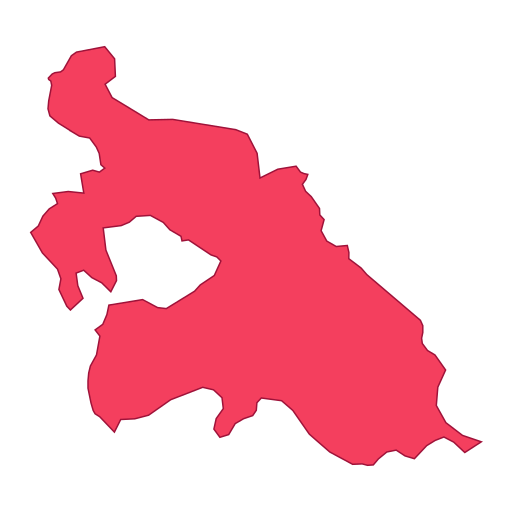 the border of Pest
{"feature_id": "HUN-3164", "entity_name": "Pest", "entity_type": "County", "adm_level": 1, "iso_a3": "HUN", "parent_name": "Hungary", "parent_adm1": "", "projection": "natural_earth1", "projection_center": [19.256, 47.5], "detail": "fine", "context": "isolated", "style": "filled", "palette": "rose", "viewbox_px": 512, "rotation_deg": 0, "n_neighbors": 0, "source": "natural_earth", "source_scale": "10m", "svg_char_len": 2065}
<svg xmlns="http://www.w3.org/2000/svg" viewBox="0 0 512 512"><path d="M69.4,130.4L69.9,130.3L58.5,123.2L49.9,115.9L48.0,108.8L48.7,100.9L51.7,85.3L50.8,81.0L48.7,79.5L48.3,78.1L52.2,74.0L54.9,72.7L60.6,71.9L63.4,69.8L71.4,55.7L76.5,52.1L104.7,46.7L114.6,58.8L115.4,76.4L105.1,84.2L112.1,97.6L148.8,119.9L172.7,119.4L235.9,129.7L247.3,134.2L257.1,153.3L260.0,178.0L277.8,169.2L296.1,166.2L300.5,172.1L304.0,173.6L307.8,174.4L306.0,179.4L302.4,184.3L305.6,191.3L311.3,196.7L319.5,208.5L319.8,214.9L324.1,219.6L321.1,230.7L326.8,241.1L336.2,246.5L347.3,245.5L348.9,252.5L348.8,258.7L361.2,268.1L366.8,274.6L420.4,320.3L422.8,325.7L422.8,332.5L421.6,338.2L422.3,343.5L427.5,350.5L435.0,355.0L445.6,370.0L437.8,387.2L436.3,405.5L445.9,422.7L462.5,435.4L481.3,441.8L464.8,452.5L453.7,442.1L443.9,437.0L435.2,440.4L426.7,445.6L414.4,458.7L405.0,455.9L396.2,450.1L386.8,452.0L378.4,458.9L373.3,464.9L367.5,465.3L362.2,463.9L352.6,464.3L329.8,452.0L316.1,440.1L309.3,434.1L292.8,410.4L281.6,400.7L261.3,398.0L256.9,402.7L256.3,410.3L252.7,415.6L243.6,418.7L235.2,423.6L228.7,434.6L219.9,437.3L213.9,429.1L216.2,418.6L223.3,408.6L222.0,397.7L213.5,389.8L202.7,387.3L170.7,399.7L148.6,415.2L134.8,418.8L120.7,419.5L114.4,432.1L99.7,416.7L95.1,413.8L93.2,410.5L91.0,402.9L88.0,388.2L88.0,380.8L88.7,373.0L90.4,366.0L96.5,354.9L99.9,336.1L95.1,329.9L102.8,324.3L106.9,314.6L108.9,305.1L142.6,299.6L157.6,307.6L166.3,308.6L194.6,291.2L200.3,284.9L214.3,275.5L220.9,261.0L216.8,256.9L211.0,254.9L188.5,239.9L182.0,240.9L181.0,236.3L169.9,229.8L163.3,222.4L150.4,215.4L136.2,216.3L129.3,222.2L121.2,225.6L103.2,227.9L105.9,250.1L116.3,275.8L116.5,280.6L110.8,291.8L101.7,282.8L91.8,277.6L83.7,270.2L76.1,273.1L77.8,285.7L83.0,298.3L70.4,310.0L66.8,306.2L58.9,289.5L60.9,278.8L57.5,269.1L42.4,252.9L30.7,232.4L38.3,226.0L42.9,216.1L49.3,208.8L57.5,203.6L55.7,198.2L52.8,193.5L68.2,191.5L83.8,193.1L80.6,173.8L92.7,170.2L99.4,172.1L104.8,168.1L100.9,164.7L99.2,153.4L96.3,147.0L89.7,138.0L79.3,136.1L70.1,130.6L69.4,130.4Z" fill="#f43f5e" stroke="#9f1239" stroke-width="1.5"/></svg>